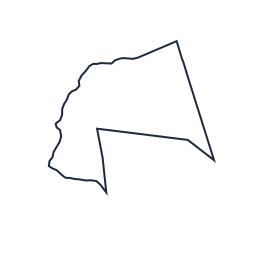 Belém, Paraíba, Brazil, rotated 58°
{"feature_id": "56859067B74448928425646", "entity_name": "Belém", "entity_type": "district", "adm_level": 2, "iso_a3": "BRA", "parent_name": "Brazil", "parent_adm1": "Paraíba", "projection": "robinson", "projection_center": [-35.506, -6.712], "detail": "fine", "context": "isolated", "style": "outline", "palette": "slate", "viewbox_px": 256, "rotation_deg": 58, "n_neighbors": 0, "source": "geoboundaries", "source_scale": "gbopen_adm2", "svg_char_len": 843}
<svg xmlns="http://www.w3.org/2000/svg" viewBox="0 0 256 256"><g transform="rotate(58 128 128)"><path d="M86.0,187.1L89.8,188.2L93.6,186.7L99.6,189.0L103.6,193.4L106.3,198.8L109.0,203.9L112.8,207.5L114.3,211.9L118.3,215.3L122.0,213.6L126.1,210.8L129.3,209.9L134.0,208.6L137.2,207.3L139.5,203.8L143.1,200.1L145.8,196.4L150.1,191.7L152.7,187.1L156.2,183.0L161.6,181.4L167.1,181.0L171.2,180.6L139.8,165.3L117.6,156.7L112.2,154.6L127.9,135.2L156.0,100.6L169.8,83.6L200.9,72.1L119.9,51.1L102.0,46.3L97.7,45.5L80.1,40.7L73.6,82.2L72.0,87.1L68.9,91.3L66.3,94.8L64.6,98.9L63.8,103.3L64.6,107.8L61.5,112.3L58.5,116.7L57.2,120.4L55.1,123.8L55.1,128.1L57.0,133.0L59.0,139.8L62.1,144.9L66.5,146.9L67.9,151.9L67.2,156.0L68.1,160.4L71.4,164.6L73.8,169.5L77.1,173.8L82.1,177.0L85.4,181.5L86.0,187.1Z" fill="none" stroke="#1e293b" stroke-width="2"/></g></svg>